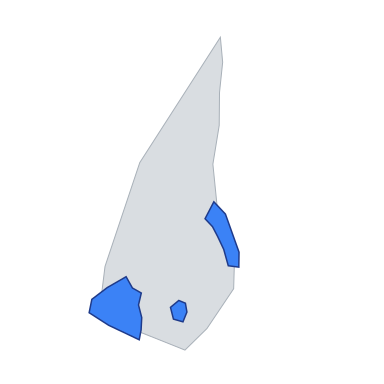 Balzers highlighted on a map of Liechtenstein, rotated 16°
{"feature_id": "LIE-4894", "entity_name": "Balzers", "entity_type": "state/province", "adm_level": 1, "iso_a3": "LIE", "parent_name": "Liechtenstein", "parent_adm1": "", "projection": "albers", "projection_center": [9.549, 47.108], "detail": "fine", "context": "in_parent", "style": "filled", "palette": "blue", "viewbox_px": 384, "rotation_deg": 16, "n_neighbors": 0, "source": "natural_earth", "source_scale": "10m", "svg_char_len": 759}
<svg xmlns="http://www.w3.org/2000/svg" viewBox="0 0 384 384"><g transform="rotate(16 192 192)"><path d="M228.8,345.9L151.5,338.1L137.0,338.8L128.9,287.5L133.7,178.1L176.6,35.4L185.7,58.8L191.0,88.7L199.8,120.5L204.4,159.5L220.4,199.6L249.4,237.2L258.7,273.5L244.0,319.1L228.8,345.9Z" fill="#d9dde1" stroke="#a8b0b8" stroke-width="1"/><path d="M182.0,348.6L148.7,343.1L126.4,336.4L125.3,322.8L136.9,307.2L152.0,291.6L161.2,300.7L171.1,303.1L171.7,315.3L178.3,326.6L181.1,338.7L182.0,348.6ZM215.7,195.4L230.2,204.0L253.8,236.9L257.7,251.3L247.2,252.9L238.3,238.4L229.0,227.8L221.3,219.7L211.9,214.1L215.7,195.4ZM209.2,299.9L216.3,300.7L220.2,308.8L219.1,319.3L209.2,319.3L203.1,308.8L209.2,299.9Z" fill="#3b82f6" stroke="#1e3a8a" stroke-width="1.5"/></g></svg>